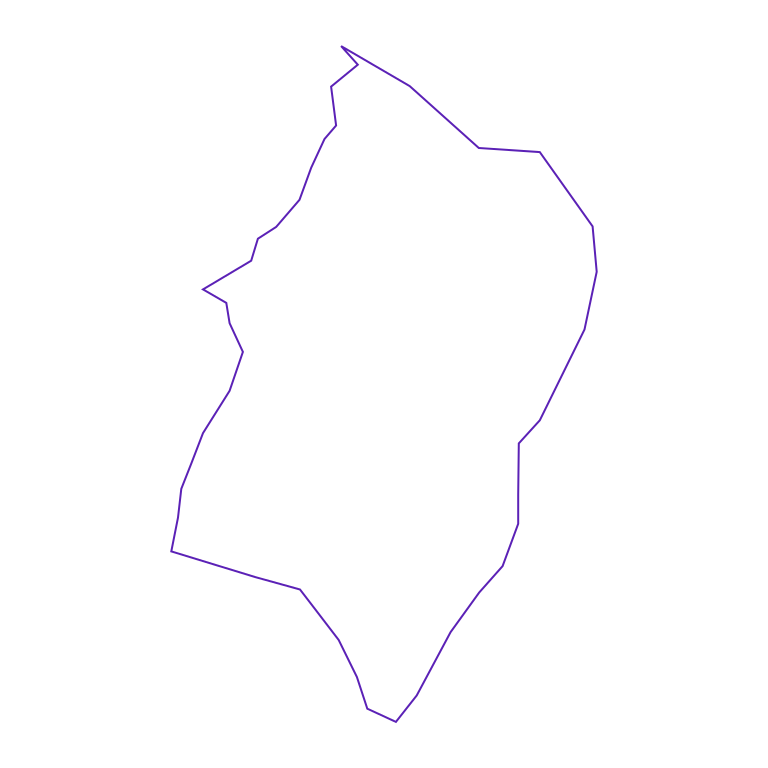 the district of Angolemi, Cyprus
{"feature_id": "46923920B8588599925202", "entity_name": "Angolemi", "entity_type": "district", "adm_level": 2, "iso_a3": "CYP", "parent_name": "Cyprus", "parent_adm1": "", "projection": "natural_earth1", "projection_center": [32.945, 35.116], "detail": "fine", "context": "isolated", "style": "outline", "palette": "violet", "viewbox_px": 768, "rotation_deg": 0, "n_neighbors": 0, "source": "geoboundaries", "source_scale": "gbopen_adm2", "svg_char_len": 627}
<svg xmlns="http://www.w3.org/2000/svg" viewBox="0 0 768 768"><path d="M171.3,551.4L255.3,577.1L300.0,589.5L317.2,611.9L338.7,640.0L356.9,677.0L367.3,708.7L395.9,721.9L416.7,695.5L450.6,632.1L479.2,592.5L502.6,566.1L518.2,523.8L518.2,494.8L518.8,443.4L539.8,420.3L584.5,329.5L596.7,271.8L592.6,226.4L539.8,152.1L478.8,148.0L409.7,86.1L341.1,46.1L357.8,64.7L331.1,86.6L336.1,125.5L324.5,139.0L311.2,167.7L299.5,199.8L276.2,226.9L257.9,238.7L251.2,260.7L203.0,289.4L226.3,302.9L229.6,323.2L242.9,351.9L229.6,390.8L203.0,433.1L191.3,463.5L181.3,488.8L178.0,517.6L171.3,551.4Z" fill="none" stroke="#5b21b6" stroke-width="2"/></svg>